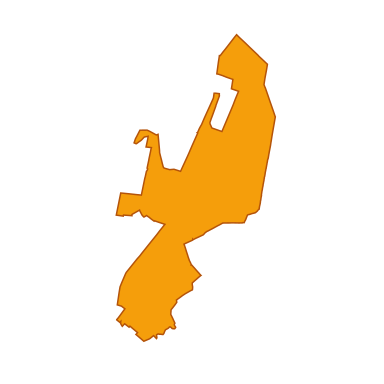 Uivar, Timis, Romania (Equal Earth projection), rotated 143°
{"feature_id": "2599482B52111075494125", "entity_name": "Uivar", "entity_type": "district", "adm_level": 2, "iso_a3": "ROU", "parent_name": "Romania", "parent_adm1": "Timis", "projection": "equal_earth", "projection_center": [20.887, 45.653], "detail": "fine", "context": "isolated", "style": "filled", "palette": "amber", "viewbox_px": 384, "rotation_deg": 143, "n_neighbors": 0, "source": "geoboundaries", "source_scale": "gbopen_adm2", "svg_char_len": 5739}
<svg xmlns="http://www.w3.org/2000/svg" viewBox="0 0 384 384"><g transform="rotate(143 192 192)"><path d="M208.7,266.1L207.7,264.3L207.5,264.1L207.1,264.0L204.2,264.0L202.8,263.9L201.3,263.9L200.5,264.0L198.4,264.4L197.0,264.6L193.5,262.9L194.7,261.7L195.5,260.9L201.6,255.6L197.7,251.9L198.3,251.5L201.2,248.9L205.9,244.8L206.7,244.1L207.3,243.5L213.5,238.1L213.6,237.8L213.5,237.1L215.0,236.1L215.6,236.1L215.9,236.0L216.0,235.9L220.3,232.2L221.4,231.4L234.3,220.0L238.0,223.4L243.2,228.3L249.5,234.1L266.4,219.1L261.4,214.1L260.6,214.8L254.2,209.2L253.5,210.2L252.4,210.1L244.8,209.1L244.9,208.9L245.0,208.6L245.8,203.7L245.6,201.1L246.0,201.0L243.3,200.6L242.5,200.6L241.4,197.4L241.0,195.5L239.8,191.5L239.3,191.6L236.9,188.0L233.1,182.5L241.0,180.5L245.9,179.1L256.3,176.5L269.2,173.2L271.6,172.5L274.0,172.0L275.7,171.7L292.7,167.4L293.9,166.9L296.0,165.7L303.3,161.5L306.6,159.5L310.8,155.5L319.6,146.8L316.9,143.1L316.9,142.8L315.9,139.1L323.8,136.7L326.9,135.8L328.9,135.4L329.1,135.2L328.1,131.3L326.8,131.5L328.0,130.2L328.2,129.5L328.4,128.4L328.5,126.7L325.1,127.3L323.6,121.9L322.3,122.2L320.1,112.5L321.8,112.1L322.5,112.0L320.3,101.8L314.3,100.3L313.5,100.3L309.1,100.4L308.6,96.3L308.3,96.4L307.9,96.6L307.7,96.8L307.4,97.3L307.1,97.9L307.0,98.2L306.9,98.4L306.8,98.5L306.4,99.2L306.2,99.3L305.9,99.3L305.7,99.2L304.7,99.1L304.3,98.9L304.0,98.6L303.9,98.2L303.3,97.8L303.2,97.7L302.5,97.2L302.3,96.9L302.1,96.7L301.6,96.3L301.5,96.1L301.3,95.9L300.9,95.6L299.8,95.9L299.5,96.0L298.1,96.9L296.6,97.7L296.2,97.9L295.8,97.9L295.3,97.8L294.0,97.6L292.9,97.5L291.6,97.7L291.0,97.7L290.7,97.5L290.6,97.4L290.5,97.2L290.4,96.9L290.3,96.6L290.2,96.2L290.1,95.8L290.1,95.1L289.9,94.7L289.5,94.3L289.1,93.9L288.8,93.7L288.2,93.2L286.6,93.6L286.5,93.8L286.4,94.0L286.4,94.9L286.3,95.7L286.1,96.4L285.8,96.9L285.4,97.2L284.6,97.5L284.1,99.9L283.4,102.9L282.6,107.1L281.5,108.3L281.0,109.0L280.6,109.3L279.9,110.2L279.7,110.4L279.4,110.6L277.7,111.0L273.6,112.1L270.5,113.1L270.1,113.9L269.4,115.1L262.8,115.0L261.8,115.0L258.6,114.8L252.4,114.0L250.6,113.6L250.2,113.9L248.6,115.8L247.4,118.1L246.5,119.2L243.2,119.5L237.6,119.9L235.3,120.0L235.0,120.0L235.1,120.3L235.2,120.8L235.1,121.2L235.2,121.4L235.3,121.8L235.3,123.5L235.4,124.1L235.4,124.5L235.5,124.8L235.5,125.5L235.6,126.7L236.2,134.1L236.5,134.2L236.3,134.4L236.1,135.2L236.0,135.5L235.8,136.3L235.6,137.2L235.6,137.5L235.4,138.4L235.4,138.8L235.1,139.5L235.0,139.8L234.6,141.1L234.3,142.0L234.2,142.3L234.1,142.7L233.5,144.2L232.9,146.0L232.1,148.3L230.9,151.6L230.2,153.7L230.0,154.6L229.9,154.6L229.7,155.2L224.2,154.0L221.5,153.4L220.3,153.2L220.2,153.2L220.0,153.5L220.0,153.3L216.6,152.7L214.9,152.3L208.7,151.0L205.7,151.6L204.7,151.5L203.5,151.5L203.1,151.3L191.3,149.5L190.8,149.4L190.4,149.3L186.1,148.7L180.8,144.8L179.5,143.9L178.1,142.9L173.0,138.9L170.9,137.4L170.7,137.2L170.1,136.9L169.9,137.0L169.0,136.3L168.8,136.1L167.9,136.6L167.5,136.9L166.9,137.1L166.6,137.2L166.4,137.3L165.9,137.6L165.6,137.7L165.0,138.1L164.4,138.5L163.1,139.3L162.4,139.7L162.3,139.8L161.5,140.2L160.7,140.0L160.2,139.8L160.1,139.7L159.9,139.6L158.8,139.2L158.5,139.1L158.3,139.0L158.0,139.0L157.6,138.8L157.2,138.7L155.8,138.1L155.7,138.0L155.9,138.1L155.3,137.9L155.1,137.8L154.7,137.7L154.4,137.6L154.2,137.5L154.2,137.4L153.5,137.3L152.4,137.4L151.9,137.4L151.1,137.5L150.4,137.7L149.9,137.8L149.7,137.8L149.7,137.6L149.6,137.8L149.2,137.9L148.9,138.0L148.5,138.2L148.4,138.1L147.7,139.0L147.1,139.4L146.9,139.7L146.2,140.3L145.7,140.7L144.3,141.9L144.2,142.1L143.9,142.3L143.7,142.5L143.1,143.2L142.8,143.5L142.5,143.7L142.5,143.8L142.3,143.9L141.9,144.3L141.7,144.5L141.2,144.9L140.6,145.6L139.6,146.5L139.4,146.6L139.2,146.9L138.6,147.4L138.6,147.6L135.7,150.5L135.3,150.8L135.2,151.0L134.9,151.2L134.5,151.5L134.3,151.7L134.1,151.9L133.6,152.4L133.5,152.6L133.2,152.8L132.8,153.2L132.5,153.4L131.2,154.6L130.8,155.1L129.6,156.1L128.7,157.0L127.8,157.7L127.0,158.6L126.7,158.8L126.6,159.0L126.1,159.4L125.9,159.5L125.7,159.9L124.8,160.6L124.7,160.6L124.3,161.0L123.5,161.7L121.7,163.5L119.9,165.1L119.4,165.6L119.2,165.8L118.6,166.2L118.4,166.4L117.8,167.0L117.7,167.1L116.8,167.9L116.2,168.5L115.8,168.8L114.6,170.0L114.3,170.2L114.1,170.4L113.9,170.6L113.1,171.3L112.9,171.6L112.5,171.9L112.3,172.1L111.9,172.5L111.7,172.5L111.2,172.8L111.0,173.0L110.9,173.2L110.6,173.3L107.7,176.1L107.1,176.6L106.6,177.1L106.4,177.3L105.5,178.1L101.3,181.9L99.5,183.7L97.8,185.3L94.1,188.9L80.2,201.9L80.1,202.4L78.2,208.1L74.7,219.0L73.5,222.6L71.3,229.4L70.7,231.3L70.7,231.6L69.9,234.4L68.3,236.0L65.0,239.2L59.3,244.4L55.0,248.5L54.9,248.6L56.2,256.3L56.9,260.2L56.9,261.0L57.1,262.4L58.9,273.3L59.6,277.9L61.2,287.1L61.7,290.8L65.0,290.0L77.0,286.7L80.4,285.8L82.9,285.2L85.3,284.5L87.2,284.0L87.4,284.2L88.0,284.0L88.2,284.3L88.6,283.9L89.4,283.1L92.7,279.9L101.1,271.4L99.9,270.0L96.9,265.6L96.9,265.4L96.8,265.2L96.4,264.7L96.0,264.0L95.6,263.3L91.6,257.3L95.9,253.1L98.4,250.7L94.2,244.4L101.5,240.1L106.9,236.7L115.5,231.7L131.7,222.3L137.1,230.4L137.5,230.9L137.5,231.5L136.6,235.5L135.9,236.7L132.5,239.0L129.8,240.7L121.4,246.2L121.0,246.6L113.9,251.2L112.2,252.3L112.1,252.7L111.0,254.1L111.2,254.3L113.7,256.7L114.9,257.6L117.8,254.7L118.5,254.1L120.8,252.8L127.6,249.1L137.5,243.7L139.8,242.4L143.6,240.2L144.0,240.0L145.5,239.4L147.9,238.3L151.8,236.1L152.1,236.2L152.0,235.6L164.1,228.9L171.1,224.9L173.8,223.4L188.7,215.4L192.7,221.0L196.4,223.3L199.9,227.9L199.9,229.3L198.4,233.0L196.7,236.9L196.7,237.0L194.2,242.9L193.0,244.6L192.0,246.2L184.4,258.5L185.9,258.9L186.1,259.0L186.9,260.6L187.3,261.6L189.4,266.2L190.6,268.4L196.4,272.7L202.2,269.9L205.2,268.5L206.8,267.4L207.2,267.1L208.7,266.1Z" fill="#f59e0b" stroke="#b45309" stroke-width="1.5"/></g></svg>